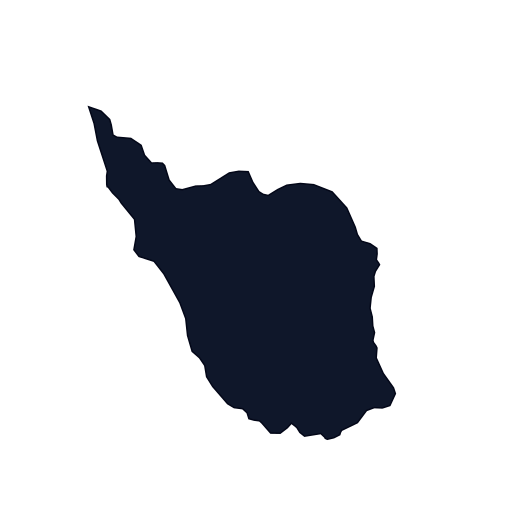 SVG path tracing the border of Tunceli, rotated 250°
{"feature_id": "TUR-3045", "entity_name": "Tunceli", "entity_type": "Province", "adm_level": 1, "iso_a3": "TUR", "parent_name": "Turkey", "parent_adm1": "", "projection": "equal_earth", "projection_center": [39.524, 39.174], "detail": "fine", "context": "isolated", "style": "filled", "palette": "ink", "viewbox_px": 512, "rotation_deg": 250, "n_neighbors": 0, "source": "natural_earth", "source_scale": "10m", "svg_char_len": 1467}
<svg xmlns="http://www.w3.org/2000/svg" viewBox="0 0 512 512"><g transform="rotate(250 256 256)"><path d="M372.0,139.8L374.3,140.2L382.3,143.0L386.5,145.3L418.5,146.4L435.9,149.2L453.4,149.8L445.1,160.0L434.3,165.2L428.7,164.8L418.6,163.0L415.2,165.9L409.3,178.6L399.3,185.9L388.8,185.7L379.1,189.6L377.3,195.1L375.2,199.8L372.2,201.1L357.1,200.3L346.6,203.7L343.5,209.4L342.3,223.3L339.9,230.5L338.6,237.9L343.2,259.3L341.5,268.8L337.9,277.5L326.4,278.2L315.5,280.7L311.5,283.8L308.7,288.2L311.0,299.2L312.0,309.2L309.0,322.4L303.3,334.6L290.2,349.5L270.1,357.7L249.1,359.1L241.5,358.6L233.9,360.1L228.4,367.5L221.8,372.2L216.5,370.5L211.3,367.8L207.5,368.8L205.6,369.1L200.8,363.0L196.6,359.8L187.0,356.8L177.8,350.1L167.9,345.3L159.0,344.4L150.3,341.8L143.5,341.2L136.8,337.0L134.6,336.8L130.4,338.0L128.2,338.2L119.1,334.1L102.1,335.4L85.1,340.1L79.0,339.9L69.7,330.7L70.0,322.8L73.1,315.2L73.0,307.0L64.7,294.3L62.9,276.8L61.2,274.9L59.4,273.6L58.6,267.0L59.4,260.3L61.0,258.7L62.2,258.6L67.0,256.2L70.1,240.0L75.2,236.9L80.9,235.7L86.8,232.1L83.9,226.7L81.2,218.1L84.6,209.2L97.3,204.3L99.9,202.9L102.4,198.1L105.5,193.7L111.7,194.0L117.1,191.2L121.0,183.6L126.9,178.8L148.1,170.7L159.4,168.3L170.6,170.4L179.7,168.1L188.2,163.4L204.7,164.5L221.2,168.6L238.1,168.5L270.8,163.3L285.9,158.4L295.6,145.9L303.6,143.4L315.2,150.1L332.0,154.4L351.8,147.5L356.2,146.6L364.4,142.8L371.3,140.7L372.0,139.8Z" fill="#0f172a" stroke="#020617" stroke-width="1.5"/></g></svg>